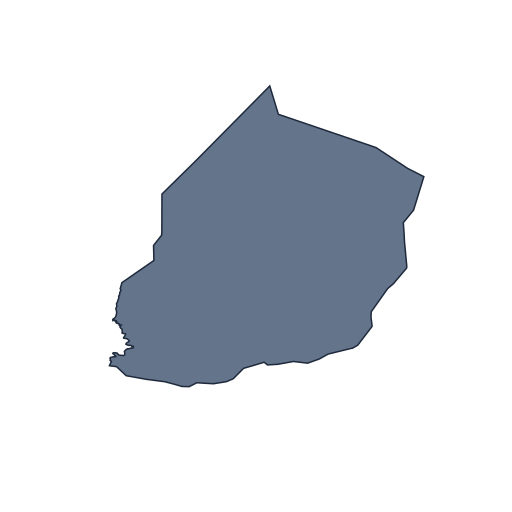 outline of Yakurr, Cross River, Nigeria, rotated 235°
{"feature_id": "59680162B19335323694639", "entity_name": "Yakurr", "entity_type": "district", "adm_level": 2, "iso_a3": "NGA", "parent_name": "Nigeria", "parent_adm1": "Cross River", "projection": "equal_earth", "projection_center": [8.173, 5.82], "detail": "fine", "context": "isolated", "style": "filled", "palette": "slate", "viewbox_px": 512, "rotation_deg": 235, "n_neighbors": 0, "source": "geoboundaries", "source_scale": "gbopen_adm2", "svg_char_len": 1951}
<svg xmlns="http://www.w3.org/2000/svg" viewBox="0 0 512 512"><g transform="rotate(235 256 256)"><path d="M224.7,439.0L240.7,430.5L276.0,416.5L359.2,355.6L387.4,364.8L368.5,261.1L360.7,214.5L330.6,193.3L327.2,190.6L323.4,178.1L310.9,169.8L311.1,130.9L307.0,125.9L306.1,125.8L305.2,125.7L304.8,124.4L304.5,124.1L303.8,123.0L302.3,121.9L301.9,120.4L300.7,119.9L299.8,118.9L299.0,117.5L298.0,116.4L297.0,114.4L294.6,113.1L293.2,110.9L291.2,110.3L289.0,109.0L286.7,106.2L286.3,104.7L286.3,103.5L286.3,102.5L285.9,102.0L285.1,101.7L284.9,102.3L285.2,102.5L285.3,103.3L284.8,103.2L284.1,103.5L283.2,103.2L282.9,103.6L282.9,104.4L281.9,104.2L281.9,103.4L281.6,103.1L280.8,103.3L280.2,104.4L279.7,104.2L278.7,105.1L278.2,104.6L277.7,104.2L277.2,104.6L277.1,105.5L276.8,106.0L276.5,105.3L275.9,103.8L274.0,103.8L273.1,104.3L272.3,104.1L271.7,103.5L270.6,103.0L269.8,102.1L269.3,102.3L268.5,103.0L267.2,104.4L266.7,104.3L265.8,102.7L265.2,101.1L264.9,100.5L264.3,100.6L263.0,102.2L261.9,103.0L259.8,103.5L259.0,103.4L258.8,102.8L259.0,100.2L258.6,99.1L258.2,98.8L257.6,99.2L255.7,100.5L255.0,101.8L254.4,102.3L253.0,102.5L252.8,103.5L251.9,103.6L251.2,102.4L252.5,100.4L252.8,98.8L253.8,97.5L253.8,95.4L253.4,93.5L252.7,93.2L251.4,92.6L250.3,91.5L250.4,90.5L252.4,88.1L253.6,86.8L256.1,86.6L257.9,84.8L258.6,83.3L258.2,82.8L254.3,83.7L254.1,83.2L255.3,81.3L255.9,79.5L256.4,78.7L256.1,77.8L254.8,77.4L254.1,76.6L252.7,77.1L250.2,73.0L249.9,73.3L245.3,78.3L232.4,81.0L217.6,95.7L215.0,98.6L205.2,109.3L197.6,115.7L191.5,120.6L187.3,126.3L186.1,134.8L175.8,147.8L170.1,159.5L168.5,166.9L171.1,181.4L168.0,190.5L164.3,201.7L160.2,202.9L154.8,211.7L148.1,226.2L138.6,236.8L135.3,248.9L134.3,258.8L125.5,281.5L125.1,282.2L124.6,288.2L131.7,310.6L132.9,311.4L139.9,315.1L144.2,318.4L153.8,345.2L154.5,352.9L155.4,356.1L159.7,372.5L161.2,373.7L182.3,385.7L189.6,390.3L198.8,395.8L203.2,411.4L224.7,439.0Z" fill="#64748b" stroke="#1e293b" stroke-width="1.5"/></g></svg>